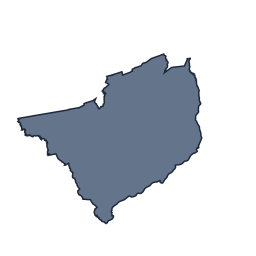 the district of Candelaria, Valle del Cauca, Colombia, rotated 237°
{"feature_id": "7082276B28574289150765", "entity_name": "Candelaria", "entity_type": "district", "adm_level": 2, "iso_a3": "COL", "parent_name": "Colombia", "parent_adm1": "Valle del Cauca", "projection": "equal_earth", "projection_center": [-76.363, 3.377], "detail": "fine", "context": "isolated", "style": "filled", "palette": "slate", "viewbox_px": 256, "rotation_deg": 237, "n_neighbors": 0, "source": "geoboundaries", "source_scale": "gbopen_adm2", "svg_char_len": 5762}
<svg xmlns="http://www.w3.org/2000/svg" viewBox="0 0 256 256"><g transform="rotate(237 128 128)"><path d="M152.5,218.1L153.9,215.4L152.7,214.4L149.3,209.1L154.9,197.8L155.0,196.7L154.5,188.6L155.3,189.7L156.2,190.2L156.2,190.5L155.9,190.8L155.8,191.0L156.2,191.5L157.2,192.2L157.3,193.4L157.6,194.1L158.8,195.2L160.0,195.5L160.5,196.5L161.3,197.4L162.7,197.4L163.7,196.8L164.1,197.5L164.4,197.7L165.2,197.4L166.6,197.7L167.4,198.8L167.8,198.9L169.5,197.9L170.5,198.3L170.8,197.4L171.3,194.6L173.4,186.1L173.5,184.5L173.1,179.8L173.4,178.0L174.1,176.3L174.1,175.7L173.9,174.8L173.3,173.6L173.1,172.9L173.9,169.3L174.6,167.3L174.9,163.5L173.3,162.5L173.7,162.0L173.5,161.1L173.5,160.5L175.3,152.4L178.5,153.5L180.4,146.1L180.8,145.2L180.6,145.1L181.0,143.9L180.7,143.7L180.8,143.4L181.1,143.5L181.2,143.0L181.3,143.1L182.8,138.3L182.1,138.4L180.7,137.1L179.9,137.2L179.8,135.9L178.3,133.9L178.0,134.0L177.4,134.8L175.1,135.7L174.6,134.3L174.5,133.4L174.0,131.0L174.4,130.0L174.0,128.8L173.2,127.9L173.1,127.3L173.3,127.0L173.1,126.5L171.9,126.8L171.3,127.3L171.2,126.9L171.0,127.2L170.5,127.2L170.2,126.8L170.1,127.5L169.7,126.9L169.2,126.9L168.9,127.5L168.6,126.5L168.1,126.4L168.0,126.1L167.5,126.0L167.4,125.3L167.2,124.9L166.1,124.5L165.7,124.0L161.9,121.8L161.3,120.7L161.4,120.2L160.7,119.5L159.9,119.2L160.0,118.5L160.2,118.1L160.4,117.6L160.3,117.2L160.6,117.1L160.7,116.9L160.5,116.3L160.3,116.3L160.1,116.0L159.9,114.1L160.9,113.8L162.0,114.4L164.7,114.3L165.4,114.6L166.1,114.2L167.8,114.0L168.5,114.4L170.2,116.9L170.1,113.1L171.9,107.0L172.4,104.4L171.0,103.6L171.0,103.4L171.2,103.1L171.4,101.4L171.2,101.2L171.4,100.4L171.5,98.9L171.6,99.0L171.7,98.1L175.7,88.8L175.5,88.7L176.2,86.7L189.1,56.8L196.1,40.3L195.4,40.9L194.6,41.8L194.5,41.6L194.5,40.5L193.4,39.8L193.3,39.1L193.0,39.2L193.0,39.9L192.8,40.2L192.4,40.0L192.4,39.6L192.2,39.5L191.6,39.7L191.0,40.3L190.5,40.5L190.0,40.2L189.5,39.2L189.0,39.4L188.2,39.2L187.9,39.7L187.5,39.8L186.7,39.0L186.0,39.0L185.1,38.5L184.8,38.1L184.7,38.9L184.6,39.0L184.6,38.1L183.9,38.1L183.6,38.6L184.0,39.7L183.8,40.2L183.1,40.8L182.5,40.4L182.0,40.8L181.8,40.7L181.9,40.0L181.7,39.7L180.2,38.9L179.7,39.3L178.6,38.5L178.3,38.0L177.8,37.9L177.7,38.1L177.7,38.4L178.3,38.7L178.1,39.3L177.9,39.4L177.6,39.0L177.3,39.1L177.0,38.7L176.5,38.9L175.8,40.2L175.8,40.8L176.0,41.3L175.5,41.3L175.4,42.0L174.8,42.0L173.9,42.5L173.5,42.5L172.5,43.4L172.5,43.7L172.9,43.8L172.7,44.7L172.9,45.1L171.5,46.4L171.2,47.0L170.8,48.5L169.7,48.4L169.4,49.5L168.9,49.7L168.7,49.6L168.6,49.1L167.5,48.7L167.2,49.0L167.2,49.8L166.9,49.7L166.7,49.5L166.5,48.8L166.2,48.7L165.8,49.1L165.3,49.2L165.8,50.0L165.8,50.4L164.7,51.8L164.4,51.9L163.9,51.9L163.1,51.3L162.4,52.0L162.5,52.4L162.3,52.7L161.8,52.3L161.3,52.5L161.0,52.1L160.3,52.7L160.0,52.7L159.8,52.5L159.6,51.8L159.2,52.0L159.0,51.3L157.9,50.9L157.0,50.1L152.6,48.9L152.7,48.5L152.2,47.8L149.5,46.0L149.2,46.4L149.6,46.9L149.3,47.8L148.7,47.3L149.0,46.7L148.5,46.2L145.6,53.4L140.4,52.7L138.5,53.2L136.1,54.3L135.2,54.2L134.7,54.7L133.0,55.3L132.5,55.7L131.4,54.5L130.9,55.5L130.9,58.0L130.7,59.0L130.1,59.0L129.3,58.3L128.7,58.0L128.1,57.8L127.6,57.9L126.4,57.3L125.9,57.2L125.4,57.6L125.1,57.5L123.6,56.4L122.4,57.0L121.2,57.0L120.9,57.4L120.5,57.4L117.9,55.2L116.6,54.6L116.1,54.7L115.6,55.2L114.7,55.5L113.2,55.6L111.1,54.6L110.1,54.5L108.5,54.7L107.5,54.0L105.2,54.0L103.3,54.2L103.0,54.0L102.6,51.6L100.8,50.7L98.9,50.6L98.4,50.6L97.7,51.4L96.6,51.9L96.1,51.8L94.5,52.0L92.8,51.4L92.1,52.5L89.8,55.4L89.0,56.7L88.2,57.5L86.1,57.1L84.7,57.4L83.9,57.1L81.5,58.1L79.3,58.7L78.2,58.7L78.0,56.1L75.7,53.7L75.3,53.5L74.0,53.3L73.1,52.9L72.2,53.1L71.9,53.6L71.7,54.3L71.1,54.3L71.3,53.7L71.2,53.7L71.2,53.3L70.1,53.7L68.5,54.8L68.0,54.2L66.0,54.8L65.8,55.3L64.3,55.1L63.0,56.0L62.1,57.0L60.9,57.1L60.6,57.6L59.9,57.6L59.9,59.2L60.7,60.4L60.8,61.2L60.3,64.7L60.6,66.1L61.4,67.4L62.1,67.9L62.5,67.8L62.8,67.5L63.1,66.8L63.9,67.4L65.1,67.7L65.6,68.0L65.9,68.6L66.9,68.3L67.6,69.4L69.5,71.0L70.1,72.7L70.4,77.9L70.7,78.4L70.9,79.7L70.9,81.4L70.0,84.9L69.9,86.8L70.4,91.2L70.3,91.8L69.8,92.5L68.4,93.2L67.6,94.6L67.1,96.7L67.0,97.6L67.2,98.2L67.9,99.6L67.9,100.5L67.5,101.3L66.4,102.6L66.1,103.6L66.4,105.9L68.1,109.4L68.2,111.3L67.7,115.0L68.6,117.6L68.6,118.9L68.0,121.0L66.9,123.1L66.8,123.8L66.8,125.7L66.7,126.2L66.3,126.2L65.2,125.5L64.7,125.5L63.8,126.0L63.0,127.1L64.6,130.5L65.3,133.5L67.0,136.1L67.3,138.1L67.0,140.4L68.4,145.2L68.9,146.3L69.7,146.9L70.5,147.0L70.8,147.2L70.9,147.6L70.8,148.2L69.5,150.5L68.8,152.5L68.7,154.3L69.3,157.2L68.4,159.5L68.3,160.3L68.5,161.5L70.2,164.3L70.8,165.7L71.1,168.2L71.0,169.2L70.5,170.9L70.7,173.4L73.0,173.7L73.2,174.6L73.6,175.1L73.1,175.6L72.9,176.3L73.0,176.6L73.7,176.4L73.9,177.0L74.3,177.1L74.8,177.9L75.3,178.0L75.6,178.8L79.5,184.5L81.5,184.9L84.9,186.6L87.3,187.1L90.2,188.5L92.1,188.7L93.5,188.5L95.8,189.1L98.0,189.0L101.0,191.1L101.7,191.9L102.5,194.8L103.1,196.0L104.8,196.8L107.6,198.9L108.2,200.0L108.5,201.8L108.9,202.2L109.6,202.6L110.0,202.2L111.3,202.8L111.9,202.8L113.0,203.2L114.4,204.3L115.5,204.6L116.8,205.3L117.4,205.4L117.9,206.0L119.1,206.6L119.6,206.7L120.2,207.7L120.7,208.2L122.5,208.4L123.4,208.8L124.7,208.7L125.1,209.1L125.5,208.8L126.8,209.2L129.4,210.4L130.2,211.1L131.0,210.8L131.8,211.9L133.0,211.6L133.6,212.1L134.3,211.8L135.2,212.5L135.8,212.2L136.0,212.6L136.2,212.4L136.4,212.5L136.8,212.3L137.1,212.5L137.4,212.1L137.5,212.6L137.8,212.3L138.1,212.6L138.3,212.5L138.5,211.8L139.0,211.5L139.3,211.6L139.4,211.2L139.9,211.2L140.1,211.0L140.5,211.2L141.4,210.6L141.8,211.1L142.1,210.7L142.7,211.2L143.6,211.1L144.7,212.1L145.9,213.3L147.1,213.6L148.2,214.4L150.9,215.5L151.4,216.2L152.1,216.5L152.4,217.0L152.0,217.7L152.5,218.1Z" fill="#64748b" stroke="#1e293b" stroke-width="1.5"/></g></svg>